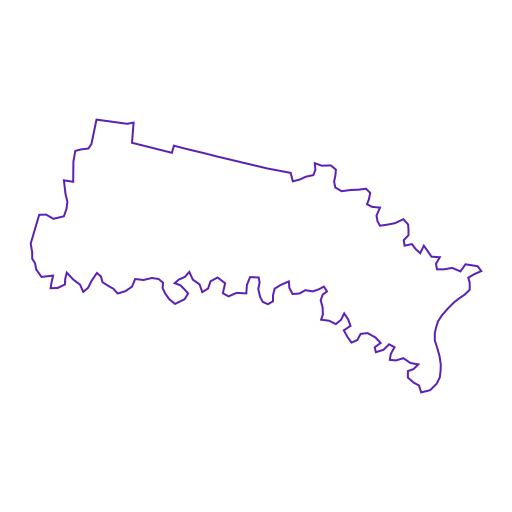 the district of Caibi, Santa Catarina, Brazil, rotated 270°
{"feature_id": "56859067B86054509591718", "entity_name": "Caibi", "entity_type": "district", "adm_level": 2, "iso_a3": "BRA", "parent_name": "Brazil", "parent_adm1": "Santa Catarina", "projection": "natural_earth1", "projection_center": [-53.28, -27.03], "detail": "fine", "context": "isolated", "style": "outline", "palette": "violet", "viewbox_px": 512, "rotation_deg": 270, "n_neighbors": 0, "source": "geoboundaries", "source_scale": "gbopen_adm2", "svg_char_len": 2591}
<svg xmlns="http://www.w3.org/2000/svg" viewBox="0 0 512 512"><g transform="rotate(270 256 256)"><path d="M392.4,96.5L367.9,91.4L363.5,88.4L362.6,81.1L361.1,75.3L350.5,73.4L330.2,73.2L331.7,63.9L318.1,65.5L310.2,67.4L303.1,66.5L295.7,63.9L293.2,53.4L297.4,46.1L297.2,39.2L268.4,30.7L259.5,32.2L253.3,32.2L248.8,35.0L242.4,36.3L235.1,41.5L236.4,53.1L229.8,51.6L223.8,50.6L224.0,57.6L227.5,64.9L233.0,65.2L239.4,66.8L232.5,73.2L227.3,80.1L220.1,83.2L224.1,88.0L231.5,91.8L239.0,96.9L235.6,100.9L229.8,102.5L226.4,107.8L223.3,113.3L218.5,117.7L220.9,125.6L225.4,132.0L233.0,135.2L232.0,143.4L234.0,151.9L233.0,158.6L229.3,163.0L224.0,162.6L218.5,165.2L212.6,169.4L208.1,175.1L212.8,184.6L218.5,188.1L222.5,184.6L226.7,180.4L228.8,174.7L232.4,178.8L235.1,184.9L240.1,189.3L232.4,192.8L227.7,199.5L219.9,202.3L223.5,208.1L230.7,210.5L234.5,217.6L228.8,225.1L218.8,222.9L215.6,228.5L219.1,236.6L218.6,246.3L227.0,246.9L234.9,250.1L234.5,258.7L229.5,259.6L223.0,258.3L215.4,260.0L210.1,262.7L207.8,267.9L210.7,273.0L216.7,273.0L223.3,274.6L227.0,280.6L230.6,288.8L224.0,289.4L218.0,292.6L218.5,299.5L221.8,305.3L220.6,312.8L222.7,318.9L225.4,323.9L220.6,327.0L217.3,322.6L211.7,320.7L204.7,322.6L197.6,322.9L192.3,321.1L191.3,329.0L187.9,335.9L192.3,341.1L198.6,344.2L192.5,348.2L186.1,350.5L181.6,343.8L175.2,347.4L169.4,351.5L171.9,357.3L178.1,360.6L178.9,367.6L174.5,375.5L169.0,380.6L164.7,374.7L159.8,375.9L162.2,383.5L167.7,389.1L164.8,394.5L158.0,390.8L152.1,389.8L151.6,396.1L153.8,403.4L149.0,410.4L147.6,418.3L142.9,413.5L140.9,407.9L134.4,407.9L129.5,413.5L126.5,419.0L119.6,421.2L121.8,430.1L128.3,436.7L134.6,439.8L141.4,440.6L147.2,440.8L155.5,439.6L162.9,437.6L171.6,434.8L178.9,434.8L184.2,436.0L190.7,438.0L196.5,441.8L203.4,447.8L209.7,454.1L214.1,459.8L217.3,464.6L222.2,469.7L229.3,469.7L234.3,468.3L237.7,474.0L240.9,481.3L245.8,477.6L247.7,465.5L240.6,460.4L244.1,452.2L242.7,444.3L242.7,437.0L248.2,436.0L254.8,439.8L255.3,431.5L261.6,427.2L266.3,423.8L258.8,420.2L262.9,415.7L267.9,411.9L266.3,404.6L271.8,403.7L276.8,408.5L282.6,408.5L287.5,408.1L292.8,403.4L288.8,394.9L287.3,387.0L286.3,380.0L290.7,377.5L296.3,376.5L304.4,380.0L305.1,372.1L307.8,367.0L312.6,368.9L319.1,370.2L323.3,366.0L322.3,358.4L322.0,350.6L320.8,341.6L324.5,335.3L330.4,334.1L336.6,335.4L342.4,335.9L346.6,330.8L346.3,321.7L348.8,314.7L342.4,315.4L336.9,313.4L335.3,305.9L332.4,299.6L330.7,292.8L339.1,290.7L343.5,267.5L355.3,217.8L358.7,204.6L362.9,187.1L366.3,173.9L359.2,171.9L366.6,142.5L369.2,132.0L389.4,133.6L388.2,127.2L392.4,96.5Z" fill="none" stroke="#5b21b6" stroke-width="2"/></g></svg>